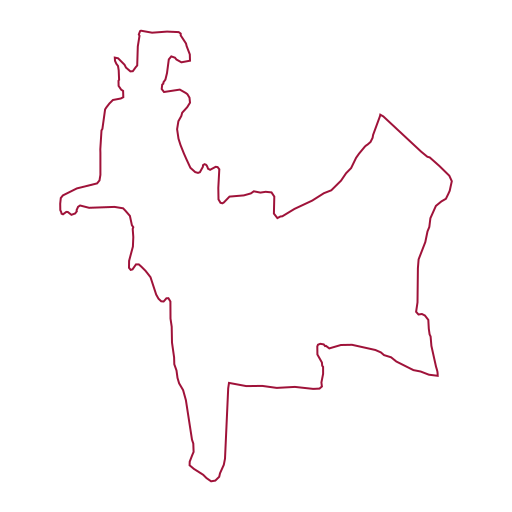 outline of Casillas, Santa Rosa, Guatemala
{"feature_id": "79465075B57906860405823", "entity_name": "Casillas", "entity_type": "district", "adm_level": 2, "iso_a3": "GTM", "parent_name": "Guatemala", "parent_adm1": "Santa Rosa", "projection": "equal_earth", "projection_center": [-90.184, 14.388], "detail": "fine", "context": "isolated", "style": "outline", "palette": "rose", "viewbox_px": 512, "rotation_deg": 0, "n_neighbors": 0, "source": "geoboundaries", "source_scale": "gbopen_adm2", "svg_char_len": 3106}
<svg xmlns="http://www.w3.org/2000/svg" viewBox="0 0 512 512"><path d="M180.7,33.6L178.7,32.1L167.0,31.6L152.1,32.7L141.0,30.7L140.1,31.1L138.8,34.5L139.5,35.8L137.8,46.4L137.2,65.5L135.8,67.1L132.8,71.2L130.4,71.4L126.0,67.6L124.5,64.7L118.1,58.3L114.8,57.6L115.0,60.8L116.3,63.7L118.0,66.0L118.7,70.3L119.1,79.8L118.5,80.8L118.6,85.9L121.2,89.7L123.1,90.9L123.3,97.2L120.8,98.5L112.9,100.0L109.4,103.5L106.3,107.5L105.1,109.4L102.4,128.9L101.5,130.4L100.3,149.3L100.4,152.9L100.4,174.9L99.5,180.4L97.1,183.4L76.9,188.4L62.9,195.4L60.8,198.0L60.2,203.7L60.3,210.1L61.2,212.1L61.6,213.7L63.0,214.3L66.3,211.9L67.8,212.0L71.4,214.8L75.1,213.5L76.8,211.3L76.6,210.1L78.1,206.8L80.1,205.5L89.1,207.8L114.5,206.9L123.1,208.3L125.4,210.7L129.9,215.9L131.9,225.2L133.3,227.2L132.7,228.9L133.3,237.1L132.9,246.6L129.1,260.8L129.0,267.8L130.7,269.9L132.5,269.4L136.0,264.4L138.8,264.4L141.4,266.7L145.5,270.8L150.5,277.2L156.2,294.6L158.5,298.7L161.2,301.3L163.6,301.5L164.7,300.3L166.4,298.3L168.4,298.2L170.4,301.5L170.5,318.6L171.7,326.7L172.0,342.6L174.1,357.4L174.3,364.3L176.5,370.5L177.5,377.9L179.1,383.3L183.1,390.1L185.9,400.2L192.0,439.7L193.3,443.6L193.6,451.9L192.2,455.2L189.7,461.7L189.6,465.3L193.9,468.9L203.2,474.8L206.5,478.1L211.1,481.3L215.3,480.6L219.2,476.8L220.0,473.3L223.8,464.8L225.0,458.7L228.2,388.3L229.0,382.9L246.3,386.1L262.2,385.9L276.7,387.9L294.9,386.9L313.2,388.9L319.5,388.6L321.9,386.5L321.4,382.5L323.1,373.9L323.1,366.9L322.2,365.7L321.9,362.5L317.4,354.5L317.3,346.4L318.0,344.7L320.3,343.8L323.7,344.4L325.1,346.1L326.0,345.9L329.3,348.4L340.9,345.0L352.0,344.8L375.4,350.0L380.9,352.4L384.0,355.1L391.1,357.3L396.3,361.5L413.4,370.1L420.6,371.5L428.9,374.7L437.7,375.8L437.6,373.3L437.4,371.6L436.9,369.6L436.0,366.6L431.4,345.9L430.6,336.5L429.6,334.4L428.8,328.8L428.3,319.9L424.9,315.5L421.9,314.0L418.5,314.5L416.1,311.8L417.5,302.4L417.9,268.2L418.6,259.4L425.3,242.1L427.5,231.4L429.3,227.0L430.4,218.2L435.9,205.9L441.4,201.4L445.9,198.8L448.3,193.9L449.7,190.8L451.8,181.2L449.3,175.7L439.4,166.0L429.7,157.4L427.4,156.8L421.2,151.7L383.3,116.4L380.3,114.7L380.0,116.1L373.1,134.9L372.6,137.8L370.5,142.0L367.4,144.7L366.5,145.2L365.4,146.1L364.7,146.8L359.0,153.7L356.1,157.8L351.1,168.1L346.1,173.2L341.0,180.7L331.3,190.3L323.9,193.2L312.2,200.6L294.5,208.9L282.3,216.3L280.4,216.5L277.4,218.1L273.9,213.6L274.3,196.6L271.5,192.4L265.7,191.8L260.4,192.6L253.8,191.3L250.9,193.4L243.8,195.4L229.5,196.6L223.8,202.5L222.4,203.3L220.5,202.8L218.5,199.4L218.3,187.9L219.3,169.3L217.6,167.1L215.7,166.8L210.1,169.8L208.0,168.7L207.6,167.4L206.7,165.5L205.9,164.7L204.5,164.2L203.0,165.2L202.9,166.8L199.9,172.2L198.0,172.9L195.2,172.1L190.4,167.8L186.5,159.4L183.9,153.5L180.5,145.0L178.5,138.7L177.1,129.2L178.4,121.2L181.3,116.0L182.2,112.7L187.2,107.2L190.0,102.7L189.5,97.7L187.4,94.2L185.8,93.0L179.8,89.6L164.0,92.0L161.7,89.0L162.2,84.6L163.3,83.7L163.5,82.2L165.4,79.6L167.0,73.1L168.8,59.4L171.3,56.4L175.0,57.7L176.4,59.5L181.4,62.3L190.0,60.7L189.8,54.4L186.6,46.0L186.0,43.5L180.7,35.4L180.7,33.6Z" fill="none" stroke="#9f1239" stroke-width="2"/></svg>